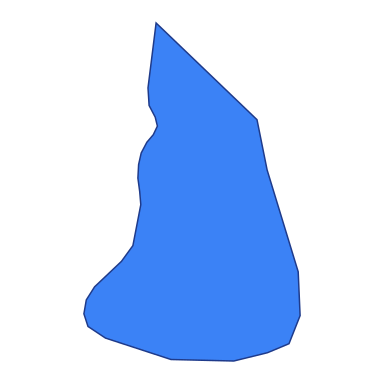 Arima, orthographic projection
{"feature_id": "TTO-53", "entity_name": "Arima", "entity_type": "City", "adm_level": 1, "iso_a3": "TTO", "parent_name": "Trinidad and Tobago", "parent_adm1": "", "projection": "orthographic", "projection_center": [-61.284, 10.631], "detail": "fine", "context": "isolated", "style": "filled", "palette": "blue", "viewbox_px": 384, "rotation_deg": 0, "n_neighbors": 0, "source": "natural_earth", "source_scale": "10m", "svg_char_len": 461}
<svg xmlns="http://www.w3.org/2000/svg" viewBox="0 0 384 384"><path d="M156.1,23.0L257.0,119.7L267.1,169.9L298.2,271.8L300.1,315.6L289.0,343.7L267.5,352.7L233.8,361.0L171.0,359.5L105.5,338.1L88.0,326.5L83.9,313.8L86.3,299.9L94.6,286.8L121.5,261.3L132.9,245.6L140.8,204.7L139.7,191.6L137.9,178.1L138.6,164.6L141.2,153.0L146.9,142.2L153.3,134.7L157.4,126.1L155.2,117.1L149.1,105.5L148.0,87.9L156.1,23.0Z" fill="#3b82f6" stroke="#1e3a8a" stroke-width="1.5"/></svg>